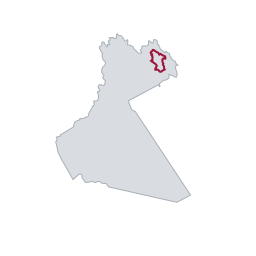 Bafoulabe, Kayes, Mali (highlighted), rotated 152°
{"feature_id": "8926073B35923162225659", "entity_name": "Bafoulabe", "entity_type": "district", "adm_level": 2, "iso_a3": "MLI", "parent_name": "Mali", "parent_adm1": "Kayes", "projection": "equal_earth", "projection_center": [-10.509, 13.682], "detail": "fine", "context": "in_parent", "style": "outline", "palette": "rose", "viewbox_px": 256, "rotation_deg": 152, "n_neighbors": 0, "source": "geoboundaries", "source_scale": "gbopen_adm2", "svg_char_len": 5241}
<svg xmlns="http://www.w3.org/2000/svg" viewBox="0 0 256 256"><g transform="rotate(152 128 128)"><path d="M62.4,189.1L62.5,188.2L61.9,187.6L61.9,187.2L62.2,184.6L62.2,183.9L62.4,182.6L62.0,182.0L62.0,181.6L61.0,179.8L60.7,178.4L60.2,177.4L59.1,177.1L58.7,178.0L58.1,177.5L57.9,177.0L57.9,176.5L56.5,174.3L56.6,173.1L57.1,172.4L57.3,171.3L56.8,170.1L56.9,169.0L56.8,167.4L56.0,166.0L55.4,165.3L55.0,164.3L55.3,162.0L54.5,160.1L56.1,160.9L56.8,160.2L57.5,159.2L58.2,157.9L58.4,156.3L58.6,154.9L59.2,152.7L59.9,151.7L61.5,150.2L61.9,150.3L64.4,153.5L65.9,155.1L66.4,156.0L66.9,156.0L67.6,154.4L68.4,153.1L68.7,152.7L71.2,152.5L72.6,152.8L73.7,153.2L75.4,153.3L79.8,152.3L79.9,151.7L79.8,150.9L80.0,150.3L80.4,149.8L80.7,149.7L80.8,151.5L81.2,151.8L82.2,151.9L115.0,151.8L116.2,142.4L113.8,139.0L104.3,39.5L119.7,39.5L122.4,41.7L172.8,85.1L173.1,86.5L173.1,88.5L173.5,89.1L174.2,89.7L177.1,91.6L177.3,91.9L177.4,92.7L177.8,93.7L178.4,94.2L179.1,94.6L180.0,94.9L182.6,95.2L183.1,95.6L184.3,97.4L184.9,97.7L188.4,98.7L189.5,99.1L190.7,99.9L191.4,100.6L191.5,103.3L192.0,105.1L192.0,105.6L191.5,106.3L191.3,106.8L190.8,108.2L190.9,108.8L192.1,109.8L192.7,110.1L193.4,110.1L200.7,108.3L201.5,133.9L201.2,134.3L201.2,138.8L200.7,141.5L199.8,143.5L199.3,146.5L198.9,147.0L198.7,148.7L198.2,149.7L197.2,150.1L195.6,152.0L195.5,153.5L191.5,152.7L191.2,152.7L191.1,152.9L191.0,153.7L180.8,154.2L175.8,154.5L172.7,158.0L170.7,158.4L168.1,158.1L166.8,158.0L166.3,158.2L166.2,158.9L162.1,157.1L160.6,157.7L160.4,157.5L160.2,157.1L159.5,156.9L158.3,157.0L157.5,157.2L154.9,160.0L153.5,160.7L151.0,162.3L149.2,163.7L148.6,164.0L147.6,164.0L146.7,164.3L146.0,167.5L145.5,167.8L142.4,166.5L141.8,166.7L141.3,167.1L139.6,169.0L138.7,170.4L138.3,172.4L138.4,173.7L138.1,174.1L137.3,174.2L135.9,173.8L135.4,174.0L135.2,174.9L135.3,177.1L135.0,178.5L134.1,179.0L133.5,179.5L133.0,179.7L132.5,179.6L130.0,177.4L129.2,177.1L128.3,177.3L127.4,178.2L125.8,180.5L126.0,181.3L126.4,182.2L126.7,183.4L126.7,184.4L124.5,185.9L125.0,187.0L125.0,189.9L123.9,191.3L123.6,192.1L122.6,193.1L121.7,193.6L118.9,194.4L117.8,195.3L117.3,196.1L117.2,196.9L117.3,197.8L117.9,199.8L117.7,201.5L117.2,203.6L116.8,204.5L115.5,205.6L115.7,206.9L115.9,208.9L115.7,211.4L115.3,213.1L115.0,212.9L113.7,213.0L112.4,213.5L111.9,213.9L111.8,214.5L110.7,215.9L109.9,215.8L109.2,215.4L108.8,215.1L108.8,214.8L109.3,213.8L109.3,213.4L108.8,211.5L108.9,211.0L108.7,209.5L108.6,209.4L107.1,210.1L107.1,210.4L107.3,211.3L107.2,211.4L106.6,211.4L105.9,211.1L105.1,210.3L104.9,210.5L104.8,211.2L104.7,212.0L105.0,213.5L104.7,214.0L103.5,213.9L102.4,214.1L102.2,214.6L102.1,215.2L102.3,215.8L102.3,216.1L101.8,216.5L101.6,216.5L101.0,215.8L98.7,215.1L98.5,214.1L98.2,214.1L97.5,212.9L97.2,212.9L96.9,213.1L96.0,213.0L95.2,214.1L94.6,215.4L94.0,216.0L93.1,216.3L93.2,215.4L92.9,214.3L90.9,212.9L90.6,212.3L90.0,209.1L90.0,208.2L90.2,207.4L90.1,206.7L89.9,206.2L89.3,205.7L88.7,205.5L87.9,206.1L87.5,206.3L87.1,206.2L86.9,206.0L87.0,205.7L87.8,204.0L88.2,203.2L89.1,202.4L89.3,202.0L89.3,201.7L89.3,201.4L88.7,201.1L87.8,200.3L87.3,200.2L86.9,199.9L86.5,198.6L86.3,198.4L85.9,198.2L85.5,197.9L85.5,194.9L84.7,192.7L83.9,189.8L83.5,189.1L82.8,188.6L82.0,188.2L81.2,188.1L80.3,188.4L80.4,188.6L80.8,189.6L80.9,190.1L80.8,190.6L80.7,190.9L79.5,191.2L78.0,192.3L77.5,193.5L77.1,193.6L76.5,193.5L72.5,191.4L70.7,192.3L69.6,194.1L69.4,194.7L68.8,195.2L68.5,195.2L68.2,194.9L67.0,192.2L66.5,191.5L65.9,191.5L65.3,191.9L64.8,192.8L64.0,193.7L63.6,193.9L63.2,193.8L61.5,192.0L61.4,191.6L62.2,189.4L62.4,189.1Z" fill="#d9dde1" stroke="#a8b0b8" stroke-width="1"/><path d="M73.2,162.5L72.5,162.2L71.8,162.1L71.1,162.5L70.7,162.5L69.8,162.5L69.0,162.4L68.6,162.4L68.1,162.4L68.1,163.1L68.0,164.0L67.7,164.6L67.4,165.3L67.3,165.5L67.2,165.9L67.5,166.9L67.4,167.4L67.3,167.7L67.2,168.0L66.7,168.3L66.5,168.5L66.5,168.8L66.6,169.7L66.4,170.5L66.2,171.3L65.8,171.7L65.5,171.8L65.3,172.3L65.3,172.6L65.1,172.7L64.9,172.7L64.5,172.8L64.3,172.8L63.6,172.6L62.5,171.7L62.2,172.0L62.0,172.4L61.7,173.6L62.0,173.6L62.1,173.9L62.3,174.6L62.5,175.2L63.0,175.5L63.3,175.9L63.6,176.3L63.7,176.6L63.8,177.0L64.2,177.7L64.3,177.6L64.5,177.8L64.6,178.0L64.8,178.1L65.0,178.2L65.3,178.1L65.9,178.0L66.0,178.1L65.9,179.3L65.9,179.8L66.0,180.3L66.5,180.9L67.0,181.4L67.2,182.0L67.5,182.4L67.6,182.6L68.0,183.1L68.1,183.7L68.2,184.1L68.8,184.7L69.1,185.2L69.3,185.3L69.7,185.2L70.4,184.6L71.0,184.5L71.3,184.4L71.8,184.3L72.2,184.0L72.3,183.9L72.5,183.9L72.5,183.7L72.7,183.4L72.7,183.5L72.8,183.4L72.8,183.6L72.8,182.9L72.8,182.2L72.6,181.9L72.4,181.9L72.1,181.7L72.3,181.5L72.9,181.4L73.1,181.3L73.0,180.7L72.9,180.3L72.7,180.0L72.8,179.8L73.0,179.7L73.1,178.9L73.3,178.5L73.6,178.4L74.0,177.7L74.3,177.1L74.5,176.7L74.6,176.8L74.8,176.7L75.0,176.6L75.9,176.5L75.9,176.4L76.0,176.4L75.9,176.2L75.9,175.9L75.7,175.6L75.7,175.4L75.2,175.0L75.1,174.4L74.9,174.0L74.6,173.2L74.3,172.9L74.0,172.3L73.7,171.8L73.3,169.9L73.3,169.6L73.4,169.3L74.1,168.9L74.8,168.4L75.0,168.3L75.0,168.2L75.2,167.9L75.3,167.8L75.3,167.7L75.5,167.7L75.7,167.3L75.8,167.0L76.1,167.0L76.3,167.1L76.4,166.9L76.5,166.8L76.2,166.4L75.3,166.1L75.1,165.9L74.4,165.4L74.0,165.1L73.8,164.3L73.6,163.2L73.2,162.5Z" fill="none" stroke="#9f1239" stroke-width="2"/></g></svg>